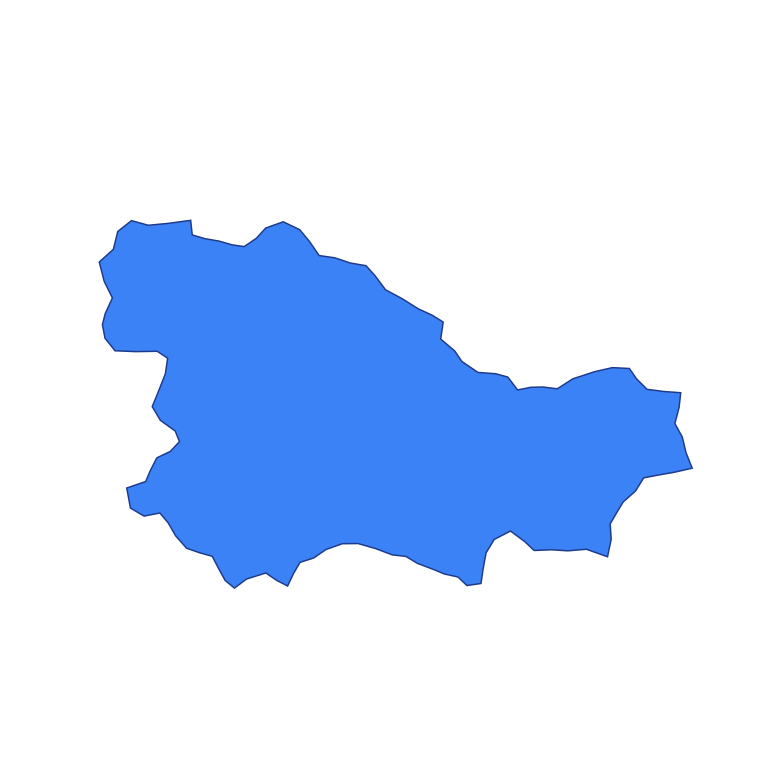 Guarará, Minas Gerais, Brazil (Robinson projection), rotated 252°
{"feature_id": "56859067B45812965390443", "entity_name": "Guarará", "entity_type": "district", "adm_level": 2, "iso_a3": "BRA", "parent_name": "Brazil", "parent_adm1": "Minas Gerais", "projection": "robinson", "projection_center": [-43.024, -21.763], "detail": "fine", "context": "isolated", "style": "filled", "palette": "blue", "viewbox_px": 768, "rotation_deg": 252, "n_neighbors": 0, "source": "geoboundaries", "source_scale": "gbopen_adm2", "svg_char_len": 1599}
<svg xmlns="http://www.w3.org/2000/svg" viewBox="0 0 768 768"><g transform="rotate(252 384 384)"><path d="M150.6,543.2L166.2,552.1L181.1,555.9L189.5,565.3L197.9,575.0L204.5,590.1L214.5,602.0L212.9,614.7L210.3,633.3L208.7,651.1L225.2,650.0L241.5,651.3L256.5,648.4L270.7,657.5L284.0,663.5L290.5,647.6L297.7,632.5L311.0,625.7L322.9,622.2L329.0,606.3L330.6,588.2L330.6,565.3L325.9,547.3L332.0,534.3L335.5,522.5L337.1,509.2L352.3,503.9L359.3,493.3L366.0,476.9L381.4,465.0L393.5,461.5L409.2,451.8L424.6,459.4L434.3,451.3L444.8,439.9L459.3,427.8L473.1,414.6L489.8,408.9L502.0,403.5L509.7,389.0L519.2,376.3L526.2,362.0L542.5,357.2L556.8,351.5L569.4,338.3L568.9,319.7L562.1,307.8L557.9,293.5L563.3,282.5L570.8,271.4L577.8,258.2L585.0,247.7L599.4,250.7L603.4,228.6L607.8,208.9L617.4,194.3L611.3,177.9L595.7,168.2L588.0,150.9L568.2,149.6L549.8,152.3L537.2,140.7L527.4,134.5L513.6,132.8L498.7,138.5L491.5,157.9L485.2,178.4L475.4,186.2L461.2,179.2L446.2,166.8L434.1,156.6L418.5,160.1L403.8,170.9L392.4,171.7L385.9,159.8L384.0,145.2L374.4,135.5L364.9,127.2L364.6,107.2L344.3,104.5L332.5,115.0L330.6,131.0L318.7,135.8L303.8,139.0L288.8,145.5L280.4,156.6L273.2,167.4L260.6,169.5L246.2,172.2L236.1,178.7L241.0,193.0L240.8,213.2L230.1,221.5L221.7,229.9L231.9,239.6L240.3,249.0L240.3,263.6L244.5,277.6L245.0,294.9L240.3,310.0L230.1,325.1L218.9,339.1L213.3,351.5L203.0,360.4L193.5,372.3L184.6,382.8L177.6,394.7L166.7,400.6L164.3,414.6L176.9,420.8L191.9,428.9L202.1,440.8L205.1,458.8L190.7,469.1L179.3,475.3L174.6,492.0L168.5,507.4L164.3,525.4L150.6,543.2Z" fill="#3b82f6" stroke="#1e3a8a" stroke-width="1.5"/></g></svg>